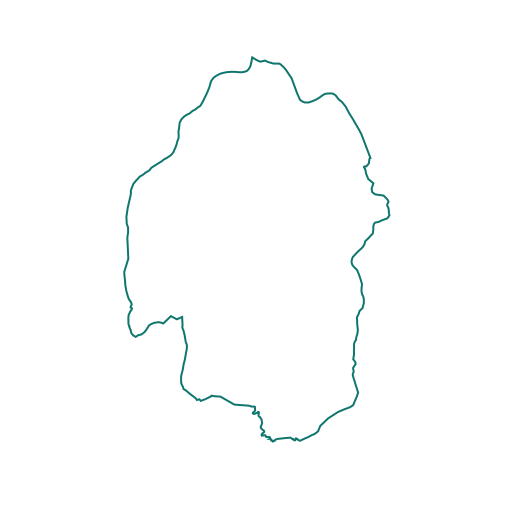 outline of Abra, Abra, Philippines, rotated 341°
{"feature_id": "2640588B11393510524278", "entity_name": "Abra", "entity_type": "district", "adm_level": 2, "iso_a3": "PHL", "parent_name": "Philippines", "parent_adm1": "Abra", "projection": "mercator", "projection_center": [120.786, 17.564], "detail": "fine", "context": "isolated", "style": "outline", "palette": "teal", "viewbox_px": 512, "rotation_deg": 341, "n_neighbors": 0, "source": "geoboundaries", "source_scale": "gbopen_adm2", "svg_char_len": 5946}
<svg xmlns="http://www.w3.org/2000/svg" viewBox="0 0 512 512"><g transform="rotate(341 256 256)"><path d="M396.1,200.6L395.3,175.3L394.6,170.6L393.3,163.9L391.8,156.5L390.5,151.0L389.4,143.9L387.4,138.3L385.2,134.9L383.8,130.6L383.1,129.3L381.5,127.5L379.3,126.5L376.6,125.7L374.1,125.2L371.7,125.6L368.4,126.6L367.8,126.9L363.4,127.7L360.0,128.0L355.8,128.0L352.1,126.7L350.1,125.0L348.5,122.7L347.9,116.5L347.5,99.6L344.9,89.6L343.7,86.6L341.8,83.1L340.7,81.7L335.1,79.7L330.3,76.3L328.2,74.2L323.4,73.7L320.8,71.4L317.1,67.0L314.6,71.4L312.3,75.0L310.0,76.9L307.8,78.0L305.1,78.1L303.2,77.8L301.0,77.2L296.9,75.4L294.3,74.4L291.2,73.4L287.9,72.6L284.6,72.2L281.4,72.0L277.4,72.6L274.2,73.5L270.8,75.7L268.6,78.6L267.2,80.8L263.8,84.8L261.3,87.4L256.1,92.6L253.7,94.7L252.2,95.9L248.7,96.8L246.1,97.8L244.3,98.0L243.1,98.2L239.7,99.6L237.4,99.8L234.5,100.4L232.9,101.0L231.3,101.8L229.6,102.8L228.6,103.9L227.7,104.5L227.1,105.4L226.4,106.8L225.9,108.0L225.4,108.8L224.7,110.6L224.1,111.4L223.1,113.4L222.7,114.8L222.0,117.2L221.6,118.3L221.0,119.6L218.9,122.0L217.1,124.9L216.5,125.5L214.6,127.9L213.3,129.1L212.3,130.4L211.3,131.3L209.0,132.6L207.3,133.3L202.8,134.4L201.0,134.6L199.8,134.9L197.8,135.7L190.0,137.5L187.9,138.0L185.9,138.5L184.7,139.2L183.4,140.1L182.1,140.6L179.9,141.0L178.3,141.3L176.2,142.2L174.3,142.6L172.2,143.0L170.6,143.8L168.8,144.9L167.5,145.4L165.9,146.5L163.7,147.7L159.8,152.3L158.8,153.8L158.2,155.9L157.0,158.1L150.4,168.7L147.1,175.1L146.0,177.2L145.6,179.0L144.3,183.2L144.3,187.5L142.8,191.9L140.3,196.8L134.4,217.0L126.2,228.2L125.0,232.6L124.7,234.3L123.5,239.2L123.1,240.3L122.7,242.6L122.3,245.0L122.0,246.9L121.7,252.7L121.7,255.0L122.4,257.9L122.8,258.8L122.8,260.1L122.6,261.4L122.2,262.0L121.5,262.5L120.7,263.8L121.7,265.2L121.5,265.6L121.1,266.1L118.7,267.8L118.5,268.0L118.3,268.2L118.2,268.6L117.3,269.4L116.5,270.1L116.4,270.6L115.5,272.0L115.3,272.7L114.7,274.1L114.7,274.8L114.4,275.5L114.1,275.9L114.1,276.4L113.8,277.1L113.2,279.2L113.3,280.0L113.2,280.9L113.4,281.0L113.1,282.2L113.2,282.6L113.2,284.3L113.4,285.2L113.2,286.1L113.0,288.0L113.2,288.8L113.6,289.9L114.1,291.2L115.0,292.2L115.9,293.3L119.3,292.5L121.9,292.9L125.5,291.8L128.1,290.2L132.3,286.8L134.9,286.2L138.3,286.1L139.9,286.4L141.4,286.7L142.1,286.7L144.7,288.2L146.3,289.6L156.0,285.2L160.6,290.1L166.3,289.6L163.9,297.9L163.2,299.0L163.0,301.2L163.2,302.5L162.8,306.6L162.7,307.6L161.6,314.4L161.7,316.7L161.5,318.3L161.1,319.4L160.2,321.5L157.8,325.7L156.2,328.6L154.7,331.3L152.5,334.5L150.1,339.0L146.1,345.2L144.5,349.8L143.9,352.0L144.0,353.5L144.3,355.9L144.2,358.2L146.0,360.3L148.5,364.6L152.5,370.6L153.1,372.2L153.2,372.9L155.7,373.0L155.9,373.6L156.3,374.1L156.5,374.5L156.6,375.0L161.4,374.9L165.2,374.4L166.9,374.3L168.4,373.6L172.1,375.5L176.5,377.3L179.7,380.9L187.2,389.5L200.5,395.2L203.0,397.0L205.0,397.7L205.8,398.2L205.6,399.2L205.2,400.6L205.0,401.7L204.0,402.4L202.1,403.1L201.8,403.8L202.1,404.2L202.4,404.5L202.9,404.7L203.4,404.8L204.0,404.8L205.3,404.6L206.3,404.7L206.6,404.6L207.0,404.2L207.3,404.2L207.5,404.2L207.7,404.3L207.8,404.5L207.8,404.8L207.5,405.5L206.6,407.2L206.4,407.8L206.4,408.2L206.6,408.6L207.2,409.4L207.3,409.6L207.4,410.1L207.8,411.4L208.0,412.3L207.9,413.3L207.6,414.6L207.4,416.1L206.3,417.5L204.7,419.2L204.8,421.0L205.8,422.6L206.4,423.4L206.7,424.2L206.5,425.0L205.7,425.5L204.2,425.8L203.4,426.5L203.1,426.8L203.0,427.1L203.0,427.4L203.0,427.7L203.2,427.8L203.4,427.9L205.1,428.1L206.2,428.4L206.4,428.5L206.5,428.8L206.6,429.3L206.6,430.1L206.7,430.3L207.1,430.6L207.9,430.9L209.3,431.3L209.7,431.5L209.9,431.7L210.1,432.0L210.1,432.5L210.1,432.8L209.9,433.1L209.7,433.2L209.4,433.3L210.1,433.5L210.4,433.9L210.4,434.5L210.3,435.5L210.6,435.6L211.0,435.6L211.3,435.7L211.4,436.1L211.4,436.7L211.6,437.0L212.1,436.9L212.6,436.6L212.9,436.7L213.5,436.8L213.8,436.4L214.2,436.1L214.8,436.0L215.4,436.0L216.5,435.9L225.8,438.0L230.1,439.2L230.3,439.1L230.0,439.4L230.0,439.6L230.3,439.9L230.7,440.9L230.8,441.0L231.0,441.0L231.4,441.1L231.4,441.3L231.5,441.8L231.9,442.0L232.0,442.2L232.3,442.8L232.5,443.0L233.0,443.0L233.6,442.6L233.9,442.3L234.0,442.2L233.8,441.9L234.0,441.8L234.1,442.0L234.5,442.0L234.6,441.9L234.7,441.7L234.8,441.8L235.0,442.0L235.1,442.3L235.2,442.5L235.5,442.5L236.0,443.5L236.4,444.0L236.5,444.2L236.7,444.5L236.8,444.7L237.9,445.0L242.2,444.5L246.5,444.2L250.3,443.5L253.3,443.4L257.6,442.0L261.4,437.6L271.4,433.0L282.7,430.2L289.9,429.7L295.6,429.6L299.4,428.6L302.2,425.4L305.4,421.9L308.1,418.4L308.3,409.4L308.5,405.5L308.5,402.8L308.8,399.7L309.1,399.1L310.7,397.2L311.3,393.5L315.0,390.6L315.3,389.2L315.0,387.3L314.3,385.3L316.7,380.9L317.6,377.9L319.2,373.8L320.0,371.2L321.7,368.9L323.1,368.1L324.5,365.3L326.5,362.6L328.1,359.5L329.9,351.8L330.6,350.0L331.3,347.0L334.0,344.4L336.1,341.6L339.7,340.0L342.6,335.7L343.9,332.0L344.2,329.2L343.9,326.7L344.2,323.9L345.1,321.4L346.2,319.0L347.1,317.1L347.3,311.6L347.3,306.9L347.0,302.1L345.3,298.7L344.2,296.0L344.2,293.7L344.6,292.3L345.4,290.8L345.9,290.0L347.3,288.4L349.3,287.4L352.4,285.7L356.1,284.0L357.9,283.3L359.8,282.3L362.2,280.4L364.1,277.6L366.7,276.4L368.3,275.7L371.1,274.1L373.6,272.9L374.7,270.9L375.8,268.7L376.2,267.0L377.1,265.3L378.2,263.9L379.6,263.2L382.9,263.7L385.5,263.4L388.4,263.2L392.4,263.2L395.4,261.0L395.7,258.6L396.0,257.4L396.6,255.5L396.7,254.4L396.7,253.8L396.9,253.2L396.7,252.6L396.5,251.6L396.5,250.8L396.7,250.3L397.2,249.5L398.6,248.4L399.0,247.3L398.9,246.2L398.1,243.9L397.5,242.8L396.3,240.4L388.8,236.6L386.7,233.5L387.2,230.0L390.7,225.5L387.2,219.7L386.9,214.0L387.5,210.0L387.0,207.0L387.2,206.8L388.0,206.7L389.0,207.1L389.4,207.1L389.7,206.9L390.0,206.9L390.3,206.7L390.9,206.4L391.7,206.0L392.1,205.7L392.3,205.5L392.6,205.3L392.9,205.1L393.0,204.9L393.3,204.3L393.4,204.0L393.8,203.2L394.1,202.8L394.6,201.6L394.9,201.1L395.3,200.8L395.5,200.8L396.0,200.6L396.1,200.6Z" fill="none" stroke="#0f766e" stroke-width="2"/></g></svg>